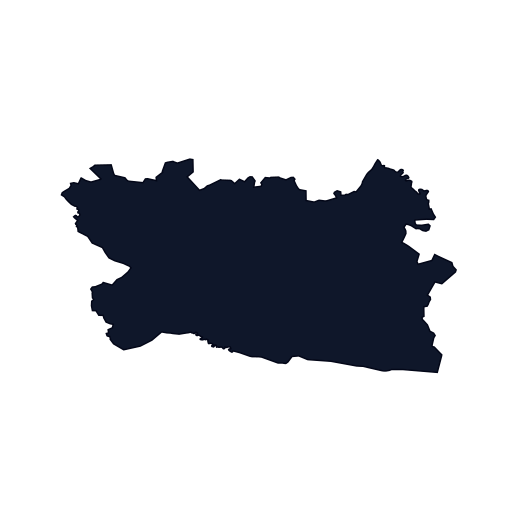 Gamawa, Bauchi, Nigeria, rotated 103°
{"feature_id": "59680162B43637132059207", "entity_name": "Gamawa", "entity_type": "district", "adm_level": 2, "iso_a3": "NGA", "parent_name": "Nigeria", "parent_adm1": "Bauchi", "projection": "equal_earth", "projection_center": [10.6, 12.017], "detail": "fine", "context": "isolated", "style": "filled", "palette": "ink", "viewbox_px": 512, "rotation_deg": 103, "n_neighbors": 0, "source": "geoboundaries", "source_scale": "gbopen_adm2", "svg_char_len": 6081}
<svg xmlns="http://www.w3.org/2000/svg" viewBox="0 0 512 512"><g transform="rotate(103 256 256)"><path d="M353.3,272.2L353.2,271.4L352.6,269.6L352.5,268.8L352.7,268.3L353.6,267.1L353.7,266.8L353.6,266.3L352.7,265.6L351.7,265.8L351.7,263.8L351.2,263.3L350.6,262.0L350.6,261.5L350.4,260.9L350.7,260.4L351.5,259.9L352.0,259.7L352.2,260.0L352.2,260.4L352.7,261.2L353.4,261.6L353.7,261.4L354.3,260.5L354.9,258.8L355.1,257.8L354.4,257.2L353.6,257.0L353.8,250.3L355.0,239.6L355.0,237.9L354.9,237.0L353.5,230.6L353.2,227.8L355.3,210.4L354.3,206.2L354.1,203.2L353.8,202.6L352.1,201.1L345.8,198.3L343.7,191.9L345.3,182.3L341.7,159.4L340.5,133.2L339.4,127.0L339.4,107.5L339.2,105.6L338.7,103.4L337.5,100.5L336.1,98.4L333.6,87.6L328.6,53.2L311.3,52.7L310.3,52.9L309.9,53.8L304.6,61.9L304.6,63.4L303.9,64.4L295.7,64.4L293.2,63.6L291.4,65.4L291.2,65.6L290.2,69.6L284.6,73.5L282.0,77.2L280.3,79.8L278.3,80.4L277.0,78.8L269.5,80.7L267.6,81.0L266.4,78.0L264.5,77.4L261.4,77.0L259.2,76.2L256.9,77.0L255.6,80.2L241.0,75.8L241.2,68.7L226.7,58.1L224.5,57.9L221.8,61.8L218.4,63.7L215.3,78.7L214.4,82.2L220.8,83.6L227.6,96.2L225.2,98.0L217.5,97.5L212.2,109.6L210.4,115.0L210.0,117.1L204.5,115.8L200.4,115.0L197.9,115.7L196.6,116.6L194.7,118.3L191.1,116.9L191.1,114.5L191.5,111.6L193.4,106.2L192.9,104.9L192.7,103.4L192.6,102.2L193.2,100.9L193.7,99.2L193.6,96.4L193.4,95.7L192.3,94.5L191.7,93.6L187.5,93.2L186.3,95.2L188.8,101.4L189.8,106.6L188.6,108.2L185.8,109.3L185.1,109.0L181.8,98.2L180.5,91.1L177.8,90.0L175.2,92.7L170.7,96.0L171.4,97.6L166.3,99.9L164.6,99.8L162.9,100.2L162.9,101.6L162.4,102.6L161.3,103.2L159.6,104.0L158.9,104.1L156.9,103.5L154.5,102.5L154.0,102.8L153.6,103.5L153.8,104.8L154.3,105.5L154.8,107.1L153.9,109.2L153.9,110.4L154.2,111.5L154.7,112.2L155.6,112.2L158.3,110.2L158.9,110.4L159.1,111.2L159.2,112.0L158.7,112.3L158.4,113.1L157.6,114.0L156.9,115.7L155.6,117.8L154.4,120.2L153.5,120.6L152.5,120.7L151.6,120.7L150.4,120.9L148.8,120.8L148.2,121.1L147.8,122.5L147.8,124.0L148.3,125.2L148.8,126.1L149.0,126.7L148.8,127.3L148.2,127.3L147.4,127.1L146.7,126.6L146.4,126.0L146.3,125.5L145.9,125.0L145.4,124.7L144.7,125.2L144.2,125.7L143.7,126.4L143.4,127.4L143.9,128.7L144.9,129.6L145.6,130.8L145.9,131.5L145.9,132.8L145.7,133.3L144.9,133.3L143.9,132.9L142.8,132.0L141.7,131.4L140.8,132.0L140.2,132.0L139.5,131.8L139.0,132.4L138.9,133.4L139.2,134.4L139.9,135.1L141.0,135.8L141.8,136.1L142.3,136.7L142.7,137.4L142.7,138.4L142.4,139.5L141.5,140.6L141.2,141.9L141.1,145.1L140.8,146.5L140.9,149.2L141.2,150.3L140.6,150.9L139.8,151.0L139.1,151.2L139.2,152.1L139.6,152.8L139.7,153.4L139.4,154.2L138.7,154.9L137.5,155.6L136.3,156.6L135.0,158.5L134.9,159.1L139.3,160.7L142.4,161.5L145.7,162.7L149.3,165.3L151.5,166.4L159.6,168.9L161.0,168.8L162.5,169.0L164.2,169.5L171.1,172.9L171.1,174.9L175.5,180.2L175.5,181.1L175.7,182.1L176.9,183.3L177.7,186.9L174.5,187.9L174.2,191.6L176.3,193.9L177.6,194.1L179.0,192.3L181.2,190.5L186.4,199.6L186.9,201.2L187.5,207.1L190.4,211.4L190.7,219.7L181.3,222.0L181.6,228.6L180.7,230.1L178.5,232.4L174.0,235.9L172.4,235.4L171.0,237.3L171.6,239.5L175.1,243.9L174.5,250.7L174.0,251.5L176.1,259.3L176.9,260.0L177.5,264.6L183.6,267.7L185.0,266.3L187.0,266.8L189.5,273.7L184.4,274.0L183.1,273.8L179.8,277.5L180.2,279.7L181.7,281.3L186.2,283.8L185.0,289.4L190.3,293.0L188.2,296.9L188.1,298.0L189.8,306.6L189.6,307.5L197.4,317.1L198.6,319.2L201.9,321.6L204.7,325.8L194.4,340.9L188.2,336.2L176.3,339.2L176.5,342.3L183.2,353.5L182.8,356.9L182.5,358.2L184.7,363.5L185.7,365.2L194.7,366.3L195.3,365.7L201.8,371.0L205.0,369.9L205.1,379.1L205.8,381.1L210.0,382.6L211.8,397.2L211.2,398.9L209.3,401.3L209.3,412.0L207.5,413.4L199.8,417.6L203.8,433.4L205.8,434.9L208.0,437.3L215.8,424.4L216.4,424.8L221.1,433.4L220.8,439.0L219.3,443.8L219.4,444.0L225.6,445.3L225.6,450.0L227.0,453.0L228.8,452.0L232.1,453.1L236.0,457.2L237.9,459.0L240.2,459.3L241.4,455.9L243.4,453.6L245.2,450.9L247.2,447.5L248.2,443.7L248.0,442.8L248.1,442.0L249.1,440.8L249.9,441.1L250.5,441.0L250.7,439.9L250.8,439.2L252.2,438.9L253.2,439.5L254.0,439.2L254.0,438.4L254.5,437.4L255.5,436.8L257.0,437.3L258.0,438.4L257.9,439.2L257.2,440.0L257.0,440.9L257.6,441.6L258.8,442.5L259.6,441.4L261.6,437.6L262.1,437.8L263.0,438.4L264.0,438.7L264.8,439.2L265.8,438.6L266.0,437.9L266.7,437.2L267.7,437.5L268.1,436.2L272.1,434.8L274.7,424.4L280.2,418.5L282.3,407.5L286.4,403.8L290.9,398.8L292.4,392.5L293.0,383.6L293.9,379.5L294.4,376.9L295.7,375.1L300.4,377.1L307.1,382.0L310.3,386.1L316.4,389.4L316.7,390.1L316.2,398.9L318.1,399.8L321.6,404.9L321.9,405.0L323.1,408.5L325.4,409.5L328.1,407.0L328.9,407.3L333.6,405.9L334.4,404.6L334.9,404.4L335.6,404.7L337.0,405.9L341.5,405.1L346.0,403.1L345.3,399.6L349.1,395.8L348.2,391.6L350.0,390.6L350.5,390.4L354.1,387.2L354.8,382.9L354.7,379.7L358.3,379.8L361.1,383.5L364.1,382.3L365.2,384.4L367.2,383.2L367.5,381.9L367.3,380.5L369.1,379.3L369.8,379.4L370.3,378.9L373.6,375.0L377.1,363.8L369.8,348.5L361.4,338.5L351.2,330.9L350.9,325.5L350.3,322.1L350.2,319.5L349.4,313.3L346.7,306.7L345.9,304.5L345.1,303.0L344.8,302.1L345.3,301.6L345.2,300.4L345.5,299.6L345.5,299.1L345.1,298.2L344.6,298.2L344.1,298.0L343.9,297.7L343.8,296.7L343.9,296.3L344.3,296.0L344.5,295.6L345.1,295.7L345.4,295.9L345.4,296.3L345.5,296.7L346.3,296.9L346.8,295.8L346.7,295.3L346.0,294.2L346.0,293.8L346.3,292.7L346.9,291.5L347.0,291.1L346.9,290.5L347.0,290.0L347.4,290.0L347.7,290.2L348.1,290.1L348.5,290.4L349.0,291.3L349.3,291.7L349.8,291.6L349.9,291.3L349.9,290.9L349.8,290.4L349.9,289.7L348.9,287.6L348.7,287.0L348.9,286.4L348.3,285.8L348.1,285.4L348.1,285.1L348.7,284.5L348.5,284.1L348.6,283.8L349.4,283.3L349.8,283.4L349.9,283.6L350.2,283.6L351.2,283.0L351.7,282.8L351.9,282.5L352.0,282.2L351.9,282.0L351.3,280.9L351.2,279.2L351.3,278.9L351.7,278.7L352.0,277.1L352.8,277.1L353.1,278.0L353.2,278.7L353.4,278.9L353.7,278.9L353.9,278.8L354.0,278.6L354.1,278.4L354.0,278.1L354.2,277.1L353.9,276.7L353.4,276.6L353.2,276.3L352.6,275.7L351.8,275.4L351.8,275.2L352.0,274.7L352.8,274.1L353.5,274.0L353.7,273.8L353.2,272.9L353.2,272.5L353.3,272.2Z" fill="#0f172a" stroke="#020617" stroke-width="1.5"/></g></svg>